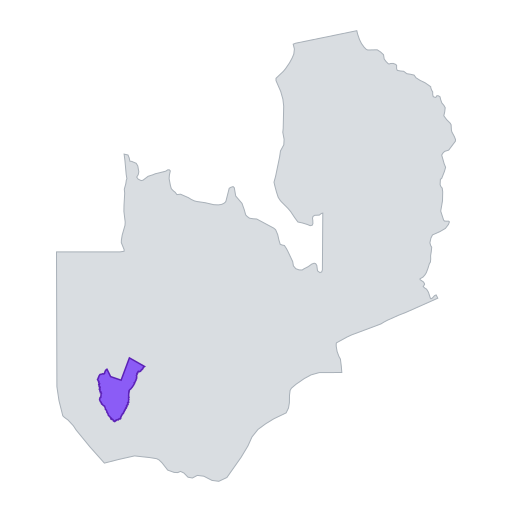 Senanga, Western, Zambia (highlighted)
{"feature_id": "96606910B84216604788069", "entity_name": "Senanga", "entity_type": "district", "adm_level": 2, "iso_a3": "ZMB", "parent_name": "Zambia", "parent_adm1": "Western", "projection": "equal_earth", "projection_center": [23.97, -16.023], "detail": "fine", "context": "in_parent", "style": "filled", "palette": "violet", "viewbox_px": 512, "rotation_deg": 0, "n_neighbors": 0, "source": "geoboundaries", "source_scale": "gbopen_adm2", "svg_char_len": 8390}
<svg xmlns="http://www.w3.org/2000/svg" viewBox="0 0 512 512"><path d="M341.8,372.5L319.2,372.6L311.0,374.9L304.2,378.6L296.1,384.2L291.4,388.2L290.1,390.4L289.5,395.2L289.4,402.6L288.5,408.0L286.1,412.9L273.8,418.8L265.8,423.7L258.0,429.4L252.0,436.9L247.9,446.0L241.1,457.3L226.9,477.5L218.8,481.3L212.0,480.4L203.8,476.2L197.3,475.4L192.4,478.0L188.0,477.2L183.9,473.0L180.5,471.4L177.7,472.6L174.1,472.4L167.7,470.1L162.1,462.9L159.0,459.9L156.7,458.7L150.0,457.6L134.5,455.9L118.5,459.5L104.4,463.1L90.1,447.1L76.2,430.1L73.3,425.7L68.0,420.0L64.3,417.3L62.8,415.8L59.0,400.7L56.9,386.7L56.5,251.9L119.9,251.9L124.0,251.3L124.2,249.8L121.3,242.6L121.4,240.0L122.2,235.1L125.0,225.3L125.2,222.1L123.9,211.4L124.0,205.4L124.7,193.3L124.3,189.2L125.8,183.8L126.3,180.2L126.9,178.7L126.2,174.5L124.9,160.2L124.1,154.1L128.0,155.0L129.2,158.0L129.9,161.2L131.7,161.4L136.2,163.3L137.8,166.0L138.8,171.8L138.2,174.7L136.7,177.1L138.2,179.2L141.2,180.6L143.0,180.2L148.1,176.3L152.8,174.8L155.2,173.8L165.7,171.2L167.8,169.8L169.3,169.8L170.3,170.9L169.4,175.0L169.1,178.6L170.4,185.5L171.3,188.7L173.5,191.0L175.1,192.2L176.9,194.6L180.5,194.2L188.5,197.7L191.0,199.3L194.4,200.9L196.8,201.5L205.1,202.7L213.8,204.7L218.4,204.9L221.6,204.4L223.8,203.4L225.2,202.3L225.9,201.3L229.2,188.3L230.9,187.3L233.1,186.6L234.3,187.8L235.7,196.0L242.0,203.4L244.2,209.6L245.7,214.9L247.1,216.4L249.5,218.2L253.3,218.8L256.7,219.0L273.7,228.1L275.6,229.7L277.7,234.6L278.9,240.0L280.2,244.3L282.4,245.1L284.4,245.5L286.3,248.4L287.7,251.0L292.7,261.6L293.4,265.9L295.8,268.7L299.1,269.9L302.2,270.0L304.0,268.8L308.3,266.6L311.7,264.1L314.2,263.2L315.7,263.7L316.8,265.5L317.5,270.8L319.9,272.6L321.7,271.9L322.4,269.8L322.4,268.7L322.8,213.1L321.3,213.5L319.3,215.1L314.8,215.3L313.0,216.4L312.5,218.2L312.8,220.5L312.9,223.7L312.2,225.2L310.2,225.7L307.4,224.5L302.2,222.9L297.9,222.0L294.8,217.8L290.6,211.5L287.9,208.3L281.3,201.7L280.2,200.4L278.2,197.3L276.5,192.1L274.9,186.1L274.0,182.2L275.6,176.3L279.6,157.0L280.5,150.9L283.8,144.8L284.1,139.3L282.8,132.3L283.2,128.4L283.7,106.2L282.9,99.2L280.7,91.4L276.0,80.6L276.0,78.3L283.4,71.3L285.6,68.6L289.5,62.9L292.1,58.1L293.8,54.1L294.4,49.0L293.2,44.2L295.7,43.2L356.8,30.7L357.6,34.1L359.5,39.6L361.5,43.6L364.1,47.2L366.3,49.4L367.8,50.0L377.2,49.8L380.6,52.0L383.5,54.7L384.2,59.0L386.1,61.6L388.2,63.7L389.1,64.0L390.6,63.5L393.1,63.4L395.5,64.3L396.6,65.3L396.6,68.8L397.3,70.4L400.5,71.0L403.7,71.3L406.8,73.7L410.2,74.2L414.1,75.1L415.9,77.7L420.1,80.4L425.1,82.8L430.7,86.7L430.8,87.9L431.7,90.3L432.7,91.9L432.7,94.4L433.2,96.6L434.6,97.2L435.8,97.4L436.9,95.7L438.4,95.8L440.0,96.8L440.6,99.4L441.8,102.9L443.9,105.4L445.2,107.7L444.7,111.9L443.8,115.8L446.6,119.6L450.2,123.2L451.1,124.8L451.4,130.2L451.9,132.0L454.3,136.5L455.5,139.5L455.4,141.2L448.7,150.1L444.6,151.4L442.8,153.2L441.7,155.1L444.2,163.9L445.6,167.3L444.4,171.5L441.6,178.6L440.4,179.2L440.1,184.6L440.9,186.6L442.2,188.1L442.7,191.8L442.5,200.8L440.7,211.1L443.6,220.1L444.6,221.1L448.7,221.2L449.4,221.9L448.4,224.5L445.4,228.4L440.1,231.5L432.5,234.9L430.9,238.1L429.9,242.8L430.7,245.6L431.7,247.2L431.3,251.3L430.6,255.7L430.7,259.1L430.4,262.1L429.4,263.6L428.0,268.2L426.3,272.7L425.0,274.8L423.1,277.0L420.0,278.8L420.1,279.7L423.4,281.9L424.3,283.3L424.6,284.3L423.2,286.6L424.7,288.0L426.6,289.2L428.4,292.2L430.3,298.0L430.7,298.6L431.3,298.6L432.4,298.0L434.5,295.7L436.1,294.9L437.8,298.2L406.1,312.3L398.7,315.2L387.5,320.2L383.9,322.1L381.0,323.9L351.6,334.9L346.9,337.1L336.5,342.8L336.2,343.7L336.2,346.2L337.1,351.5L338.9,356.4L340.4,359.1L341.3,366.2L341.8,372.5Z" fill="#d9dde1" stroke="#a8b0b8" stroke-width="1"/><path d="M129.4,357.9L121.1,380.2L110.6,376.6L107.0,369.2L106.7,369.3L106.5,369.8L106.0,369.9L105.6,370.3L105.7,370.5L105.4,370.8L105.2,371.5L104.8,372.0L104.6,372.4L104.7,372.9L104.6,373.4L104.1,373.8L103.7,374.0L102.9,373.7L101.0,374.4L100.7,374.3L100.0,374.5L99.0,376.0L98.6,377.1L98.4,377.4L98.3,377.7L98.4,377.9L98.3,378.1L98.1,378.4L98.1,378.5L97.8,379.0L97.5,379.4L97.6,379.8L98.1,380.4L98.2,381.0L98.8,381.3L98.9,381.6L98.9,382.0L98.7,382.3L98.7,382.6L99.0,382.9L99.2,383.5L99.6,383.7L99.5,384.0L99.4,384.1L98.8,384.2L98.7,384.3L98.7,384.6L99.2,385.0L99.0,385.9L99.0,386.1L99.1,386.3L99.6,386.5L99.5,387.1L99.5,387.3L99.9,387.1L100.1,387.1L100.2,387.3L100.1,387.6L99.9,388.1L99.9,388.8L99.4,389.1L99.3,389.3L99.5,389.5L99.9,389.5L100.0,389.6L100.1,389.9L99.8,390.3L99.8,390.6L100.1,391.7L100.3,391.9L100.6,391.6L100.8,391.7L100.6,392.3L100.5,392.6L101.0,392.6L101.4,393.0L101.5,393.3L101.4,393.5L101.1,393.8L101.0,394.5L101.1,395.3L100.8,396.1L100.9,396.4L100.9,397.1L100.8,397.4L100.2,397.4L100.0,397.6L99.9,398.4L99.6,399.0L99.6,399.8L99.8,400.0L99.9,400.5L100.1,401.0L100.6,402.0L101.0,402.1L101.3,402.3L101.3,403.0L101.4,403.6L101.6,404.0L101.9,404.2L102.3,404.1L102.9,405.1L103.3,405.4L103.9,405.9L104.5,406.0L104.6,406.4L104.8,406.9L105.0,407.4L105.4,408.5L105.4,409.4L105.6,409.6L106.4,410.1L106.7,411.2L106.9,411.4L107.0,411.8L107.0,412.0L106.9,412.3L107.4,412.9L107.6,413.0L107.7,413.4L108.0,413.8L108.2,415.0L108.3,415.2L109.1,416.1L109.5,416.2L109.6,416.3L110.1,417.0L110.2,417.5L110.4,417.7L111.1,418.0L111.3,418.1L111.3,418.3L111.2,418.5L110.8,418.4L110.9,418.7L110.9,419.0L111.2,419.2L111.6,419.2L111.7,419.4L112.6,419.2L112.9,419.6L113.0,419.7L113.2,420.2L113.2,420.6L113.4,420.9L113.9,421.0L114.1,421.3L114.3,421.3L114.7,421.6L114.9,421.5L114.8,421.3L114.9,421.1L114.8,420.9L115.2,420.8L115.2,420.7L115.4,420.6L115.5,420.4L115.8,420.3L116.1,420.5L116.3,420.5L116.4,420.2L116.6,419.9L116.9,420.0L117.4,419.7L117.7,419.8L117.7,419.6L117.9,419.5L118.0,419.5L118.3,419.7L118.6,419.5L118.5,419.4L118.8,419.1L119.0,419.1L119.1,418.9L119.1,419.0L119.3,418.8L119.3,418.7L119.6,418.7L119.8,418.6L120.0,418.7L120.1,418.8L120.2,418.6L120.3,418.7L120.5,418.6L120.5,418.4L120.8,418.1L120.7,417.8L120.8,417.7L120.8,417.3L120.7,417.3L120.8,416.9L121.0,416.8L121.2,416.5L121.1,416.4L121.2,416.0L121.5,415.7L122.0,415.1L122.0,414.9L122.0,414.4L122.5,414.1L122.4,414.0L122.5,413.9L122.6,413.7L122.8,413.5L122.9,413.4L123.1,413.3L123.1,413.2L123.3,413.1L123.5,413.1L123.6,412.9L123.6,412.7L123.6,412.4L123.7,412.1L123.8,412.1L124.0,411.9L124.0,411.7L124.3,411.5L124.4,411.0L124.5,411.1L124.3,410.8L124.5,410.5L124.8,410.4L124.7,410.1L124.8,410.0L124.8,409.8L125.2,409.4L125.3,409.4L125.5,409.0L125.4,409.0L125.4,408.9L125.5,408.8L125.5,408.4L125.9,408.3L125.9,408.2L126.0,408.2L125.9,407.9L126.1,407.8L126.1,407.4L126.4,407.3L126.6,406.8L126.6,406.6L126.9,406.6L126.9,406.4L127.0,406.3L127.0,406.0L126.9,405.9L127.0,405.7L127.0,405.4L127.1,405.2L127.3,405.0L127.2,405.0L127.4,404.8L127.3,404.7L127.5,404.3L127.5,404.2L127.7,403.9L127.8,403.9L127.7,403.7L127.8,403.8L127.8,403.7L127.9,403.4L127.9,403.2L128.0,403.1L127.9,402.9L128.0,402.9L128.0,402.6L128.3,402.5L128.2,402.4L128.4,402.3L128.3,402.2L128.5,401.9L128.5,401.7L128.4,401.7L128.6,401.4L128.6,401.1L128.5,400.9L128.5,400.5L128.7,400.0L128.6,399.8L128.7,399.7L128.9,399.4L128.8,399.1L128.6,398.8L128.6,398.5L128.6,398.4L128.6,397.4L128.7,397.2L128.8,397.2L128.7,397.0L128.8,396.4L128.6,396.1L128.7,395.9L128.6,395.6L128.7,395.3L128.6,395.0L128.7,394.6L128.8,393.7L128.7,393.6L128.8,393.2L128.8,392.8L128.8,392.5L129.0,392.4L129.0,392.2L129.1,391.7L128.9,391.6L128.9,391.4L129.0,391.4L129.0,391.1L129.2,390.9L129.1,390.7L129.3,390.4L129.4,390.2L129.6,389.8L129.8,389.6L130.8,388.9L131.0,388.5L131.2,388.4L131.8,387.6L132.3,387.1L132.3,386.9L132.7,386.4L133.1,385.9L133.3,385.4L133.7,385.0L133.9,384.2L134.3,383.9L134.5,383.7L134.5,383.3L134.5,383.1L134.6,382.8L134.5,382.7L134.8,382.6L135.0,382.1L135.1,381.9L135.2,381.7L135.4,381.1L135.5,381.1L135.9,380.5L136.0,380.0L136.0,379.4L136.3,379.1L136.4,378.9L136.6,378.7L136.5,378.0L136.6,377.8L136.5,377.6L136.7,377.4L136.7,377.1L136.7,376.7L136.7,376.4L136.6,376.2L136.4,375.6L136.5,375.4L136.8,375.0L136.8,374.8L137.1,374.4L137.0,374.1L136.8,373.8L136.9,373.3L137.0,373.2L137.3,373.1L137.7,373.0L137.7,372.6L137.9,372.2L137.9,371.9L138.0,371.8L138.1,371.7L138.2,371.4L138.5,371.3L138.9,371.7L138.9,371.8L139.1,371.8L139.4,371.6L139.8,371.6L140.1,371.2L140.5,371.2L140.6,370.9L141.0,370.7L141.2,370.1L141.5,369.7L141.9,369.4L142.1,369.5L142.4,369.0L142.8,368.8L143.0,368.1L143.2,367.9L143.2,367.5L143.5,367.0L143.8,366.8L144.1,366.9L144.6,366.5L129.4,357.9Z" fill="#8b5cf6" stroke="#5b21b6" stroke-width="1.5"/></svg>